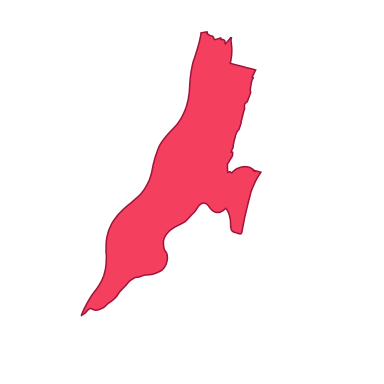 Zaltbommel, Gelderland, Netherlands, rotated 293°
{"feature_id": "6326949B96926910837809", "entity_name": "Zaltbommel", "entity_type": "district", "adm_level": 2, "iso_a3": "NLD", "parent_name": "Netherlands", "parent_adm1": "Gelderland", "projection": "robinson", "projection_center": [5.161, 51.782], "detail": "fine", "context": "isolated", "style": "filled", "palette": "rose", "viewbox_px": 384, "rotation_deg": 293, "n_neighbors": 0, "source": "geoboundaries", "source_scale": "gbopen_adm2", "svg_char_len": 5832}
<svg xmlns="http://www.w3.org/2000/svg" viewBox="0 0 384 384"><g transform="rotate(293 192 192)"><path d="M342.0,138.1L340.7,138.5L338.6,139.0L333.5,140.0L328.6,140.7L323.8,141.2L319.8,141.6L319.7,141.7L318.9,141.7L312.3,142.2L311.4,142.3L309.2,142.7L305.0,143.6L303.0,144.0L296.8,145.7L293.6,146.7L290.4,147.8L282.8,150.5L279.5,151.4L275.4,152.4L271.4,153.0L268.0,153.5L266.8,153.5L265.3,153.6L261.4,153.6L257.6,153.4L256.3,153.3L251.6,152.5L249.6,152.1L247.4,151.5L246.3,151.1L243.7,150.2L238.1,148.0L232.8,146.3L230.8,145.7L226.6,144.7L223.8,144.2L220.7,143.9L217.4,144.0L215.5,144.1L210.8,144.4L208.2,144.7L205.7,145.1L202.5,145.5L197.2,146.6L193.7,147.3L192.1,147.5L188.2,147.9L187.7,148.0L187.2,148.0L184.8,148.0L184.0,147.9L181.6,147.8L179.6,147.6L176.4,147.2L173.4,146.5L171.8,146.1L169.5,145.4L167.8,144.7L160.8,141.3L158.4,140.2L154.4,138.0L149.1,135.5L144.4,133.6L141.8,132.7L138.8,131.9L136.0,131.2L132.6,130.6L130.0,130.4L124.0,130.3L121.1,130.7L118.3,131.1L117.5,131.2L115.2,131.8L112.6,132.5L110.2,133.4L107.6,134.5L103.3,136.2L101.9,137.0L99.9,138.1L96.5,139.4L91.4,141.3L89.6,141.8L86.8,142.5L85.8,142.7L82.3,143.2L80.2,143.5L76.6,143.5L72.9,143.3L72.3,143.2L69.4,142.8L65.8,142.1L63.0,141.4L58.7,140.3L57.2,140.0L56.7,139.9L50.8,139.1L48.4,138.8L47.0,138.7L45.2,138.6L43.3,138.4L41.2,138.3L39.4,138.3L38.3,138.3L37.3,138.3L35.2,138.4L34.6,138.5L35.8,138.9L38.9,141.0L42.1,142.1L43.7,142.8L44.4,143.2L44.9,143.9L45.3,144.5L45.2,146.0L45.2,148.2L45.5,149.5L46.2,150.7L47.0,151.9L48.8,153.7L50.1,155.0L51.7,156.1L53.3,156.9L54.9,157.5L56.5,158.3L58.7,159.7L61.3,161.2L62.8,162.0L64.4,162.6L66.0,163.3L67.4,163.6L69.2,163.9L70.6,164.2L72.3,164.6L73.7,165.1L75.7,165.8L77.3,166.5L78.6,166.9L80.3,167.7L83.5,168.6L85.0,169.2L86.6,169.9L88.2,171.0L89.7,172.1L91.4,173.4L92.3,175.3L93.2,176.6L94.2,177.8L95.6,179.2L96.6,180.3L97.4,181.6L97.9,182.7L98.6,184.0L99.3,185.3L100.0,186.5L100.9,187.8L101.8,189.0L103.1,190.4L104.2,191.5L105.5,192.7L106.9,193.9L107.4,194.3L108.9,195.2L110.5,195.7L112.1,196.1L113.7,196.3L115.3,196.4L116.8,196.3L118.5,196.0L120.0,195.7L121.6,195.2L123.1,194.4L124.1,193.9L125.8,192.6L126.7,191.4L127.4,190.1L127.9,189.4L129.5,188.0L131.0,187.1L132.7,186.2L134.1,185.5L134.2,185.4L135.8,184.9L137.4,184.6L139.0,184.5L140.5,184.6L142.1,184.8L142.5,184.9L143.8,185.2L145.5,185.7L146.7,186.2L147.5,186.5L148.8,187.2L149.3,187.5L150.9,188.5L151.7,189.0L152.1,189.2L153.1,190.0L154.7,191.3L158.1,194.2L159.6,195.4L161.2,196.7L162.8,197.6L164.4,198.3L167.5,199.4L169.1,200.0L170.7,200.5L172.3,201.2L173.9,201.8L175.5,202.4L177.1,202.7L177.9,202.9L178.6,203.0L180.2,203.2L181.8,203.6L183.4,204.3L184.5,204.9L185.8,206.1L186.5,207.4L186.8,208.6L186.7,209.9L186.4,211.1L185.8,212.3L185.0,213.6L184.3,214.8L183.7,216.1L183.2,217.3L182.8,218.5L182.6,219.8L182.5,221.0L182.7,222.3L183.1,223.5L183.7,224.8L184.6,226.0L186.7,227.7L188.3,228.6L190.1,229.3L189.3,231.0L188.5,232.2L187.4,233.4L186.1,234.7L185.1,235.5L183.5,236.7L182.0,237.8L180.4,238.7L177.2,240.2L175.7,240.9L173.6,242.2L172.2,243.4L171.6,244.7L171.4,245.9L171.5,247.2L171.7,248.4L171.9,249.6L171.8,250.9L172.1,252.1L172.5,253.2L172.7,253.4L174.1,253.7L180.4,252.3L185.2,251.3L189.4,250.4L194.7,249.5L199.4,248.7L205.7,247.7L210.5,247.0L212.1,246.7L215.2,246.3L216.8,246.2L218.4,246.1L221.6,246.1L224.7,246.2L227.9,246.3L229.5,246.5L231.1,246.7L232.6,246.9L237.1,247.7L236.4,242.3L235.8,242.3L235.8,241.5L235.7,241.3L235.8,241.3L235.9,241.2L236.0,241.1L235.9,240.7L235.7,240.1L236.6,240.0L236.8,238.3L237.0,237.6L237.0,237.1L237.1,236.5L237.1,235.8L237.2,235.6L237.1,234.6L236.9,233.7L236.6,232.4L236.2,231.2L235.9,230.5L235.2,229.2L234.9,228.7L234.5,228.2L233.5,226.8L231.9,225.1L231.5,224.6L230.6,223.9L230.1,223.5L229.2,222.9L228.2,222.4L227.5,222.1L226.8,221.8L226.0,221.5L225.0,221.2L225.6,219.0L224.0,217.2L227.7,215.4L231.6,213.7L233.6,214.1L238.2,214.7L238.7,214.8L239.5,215.0L240.5,215.0L240.9,215.0L241.9,214.9L242.7,214.7L243.0,214.6L244.5,213.8L243.9,212.5L243.9,212.4L247.1,212.3L247.8,212.3L248.0,212.3L248.3,212.4L248.4,212.5L248.5,212.5L252.1,211.5L252.6,211.4L255.1,210.9L256.2,210.7L259.1,210.4L261.0,209.9L261.3,209.9L263.5,209.9L264.9,209.9L268.2,210.8L274.1,210.3L274.6,210.2L276.3,209.7L279.6,209.2L281.8,208.9L281.9,208.7L283.5,208.6L286.5,208.1L287.1,208.0L288.4,208.0L288.7,208.0L289.1,207.9L290.5,207.3L290.8,207.1L291.6,206.6L291.9,206.5L292.1,206.5L293.4,206.2L293.7,206.2L293.9,206.2L294.1,206.3L294.6,206.5L296.0,207.2L296.4,207.5L296.7,207.5L297.1,207.5L297.3,207.5L297.7,207.6L300.7,207.4L300.8,207.5L304.8,207.2L306.2,207.2L306.5,207.1L309.1,205.6L309.4,205.5L316.5,203.8L317.0,203.8L317.9,203.5L320.0,203.8L320.4,203.8L320.6,203.8L320.9,203.6L321.1,203.6L321.1,202.5L329.2,202.9L328.8,199.8L328.5,197.8L328.3,196.4L328.2,196.3L328.1,195.4L327.9,194.0L327.8,193.6L327.6,192.3L327.4,190.6L327.3,190.1L327.1,188.2L326.3,183.2L326.3,183.3L326.2,182.9L325.6,178.2L325.4,176.9L326.0,176.8L327.2,176.6L329.4,176.1L331.0,175.7L332.5,175.3L333.2,175.1L335.1,174.4L336.1,174.1L338.2,173.2L340.1,172.4L341.0,171.9L342.4,171.1L344.8,169.8L345.0,169.7L346.5,168.8L347.3,168.5L348.0,168.3L348.2,168.2L348.6,168.3L348.9,168.2L349.2,168.1L349.4,168.0L349.1,167.2L348.4,167.1L347.0,166.7L343.0,165.4L341.3,164.8L341.5,164.5L341.7,164.4L342.6,163.9L343.1,163.6L344.0,163.2L344.2,162.9L344.3,162.7L344.3,161.8L344.5,160.7L344.4,160.4L343.7,159.3L343.5,159.1L343.7,158.9L345.0,158.4L344.9,158.0L344.8,157.7L344.6,157.6L344.3,157.3L344.0,157.1L343.8,156.8L343.5,156.4L342.5,155.4L342.3,155.1L341.5,153.9L341.3,153.5L341.1,153.1L341.3,152.7L341.6,152.5L342.0,152.1L342.6,151.3L343.2,150.6L343.4,150.5L343.4,150.4L343.4,149.9L343.3,149.3L343.1,148.2L343.0,147.8L343.1,147.1L343.3,146.5L343.4,145.4L343.7,144.0L343.9,143.8L344.4,144.0L345.3,143.3L345.1,142.9L342.0,138.1Z" fill="#f43f5e" stroke="#9f1239" stroke-width="1.5"/></g></svg>